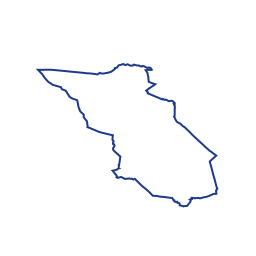 outline of Bērzaines pag., Kocenu, Latvia, rotated 13°
{"feature_id": "27541924B68382909431902", "entity_name": "Bērzaines pag.", "entity_type": "district", "adm_level": 2, "iso_a3": "LVA", "parent_name": "Latvia", "parent_adm1": "Kocenu", "projection": "equal_earth", "projection_center": [25.199, 57.625], "detail": "fine", "context": "isolated", "style": "outline", "palette": "blue", "viewbox_px": 256, "rotation_deg": 13, "n_neighbors": 0, "source": "geoboundaries", "source_scale": "gbopen_adm2", "svg_char_len": 5196}
<svg xmlns="http://www.w3.org/2000/svg" viewBox="0 0 256 256"><g transform="rotate(13 128 128)"><path d="M130.1,64.2L129.8,64.2L128.1,64.3L127.8,64.9L127.0,65.1L126.3,65.0L125.6,64.9L125.3,64.8L124.5,64.6L124.3,64.7L123.2,65.0L121.8,65.0L119.8,64.9L119.6,64.9L119.3,65.0L119.1,65.2L119.0,65.4L118.8,66.0L118.4,66.1L117.9,66.3L117.3,66.5L116.7,66.6L116.4,66.7L113.6,66.1L113.1,66.1L112.9,66.1L111.9,67.0L111.4,67.3L110.9,67.3L109.2,66.7L106.5,68.2L105.3,68.8L104.9,69.1L104.7,69.2L103.8,71.4L103.8,71.5L102.8,72.0L102.7,72.1L101.7,72.6L102.0,73.4L101.9,73.5L101.2,74.4L101.0,74.7L100.2,75.5L99.0,77.0L98.2,77.4L96.3,78.5L94.6,79.3L93.7,79.6L92.3,80.3L91.5,80.5L90.4,80.8L90.2,80.8L89.8,80.8L88.1,80.7L88.1,80.8L86.1,82.7L80.8,83.1L77.9,83.5L75.9,83.9L67.5,84.9L63.0,85.5L61.6,85.7L52.7,86.8L49.9,87.2L46.0,87.7L39.1,88.7L37.2,89.2L34.5,89.8L31.9,90.5L29.2,91.1L27.2,91.5L28.3,92.3L29.8,93.2L31.1,94.1L32.5,95.0L33.4,95.9L34.8,97.1L35.2,97.6L38.5,100.0L39.5,100.7L39.8,100.9L40.0,101.0L41.1,101.4L41.5,101.5L42.2,101.7L42.2,101.8L43.2,102.2L44.1,102.5L45.1,102.9L53.4,103.3L54.0,104.0L54.4,104.6L55.0,105.1L56.4,105.3L57.7,105.5L58.1,105.6L59.0,105.7L60.9,107.6L62.3,109.0L63.4,110.1L63.5,110.3L63.9,110.5L64.0,110.7L66.3,111.6L68.5,112.0L70.3,112.1L70.9,112.2L71.6,112.3L71.9,112.3L72.2,112.4L72.7,113.2L73.1,114.2L73.9,115.9L74.2,116.7L74.5,117.3L74.8,118.1L75.2,118.9L75.6,119.5L76.2,120.3L76.6,120.9L76.5,121.1L76.7,121.4L77.1,121.8L77.8,122.6L81.9,125.0L82.0,125.1L82.2,126.4L82.3,126.9L82.3,127.2L82.6,127.6L83.6,128.4L85.6,130.0L86.2,130.5L86.5,130.7L87.2,132.6L87.6,133.8L88.1,134.8L88.3,135.7L88.3,136.3L90.3,136.5L96.1,137.5L101.1,138.4L108.2,138.5L111.6,138.5L113.7,138.5L114.8,138.4L115.0,139.2L114.9,139.7L115.2,140.6L115.3,141.8L115.3,142.4L115.7,143.2L116.7,143.7L116.9,144.4L116.6,145.6L116.8,146.1L117.9,147.0L117.5,147.3L118.9,148.4L118.7,149.5L118.5,149.9L118.0,150.9L118.3,152.3L118.9,152.9L120.4,153.9L123.2,155.5L123.7,155.7L125.0,156.5L126.3,157.2L127.0,157.5L127.0,158.1L127.2,160.1L127.6,165.3L127.7,166.2L127.5,166.3L127.7,166.5L127.7,167.4L127.8,169.3L128.1,169.4L127.9,169.5L126.3,171.1L126.1,171.3L125.4,171.7L124.8,172.0L122.6,173.1L126.6,176.2L126.8,176.2L126.8,176.3L128.2,177.7L127.9,178.6L129.4,178.9L130.1,178.4L131.9,177.5L132.0,177.4L132.5,177.3L134.4,177.8L135.0,178.0L135.4,178.0L136.3,178.3L136.6,178.3L138.5,177.6L140.0,177.1L141.2,176.9L142.0,176.8L143.5,176.6L143.9,176.7L144.1,176.8L144.5,176.9L144.8,176.9L145.0,176.9L145.2,176.6L145.6,176.3L146.1,176.0L146.3,176.1L147.0,176.6L148.4,177.4L149.7,178.2L151.4,179.3L154.3,181.1L156.7,182.3L159.0,183.4L161.8,184.9L164.0,186.2L165.6,187.2L165.8,187.4L166.8,188.0L167.4,188.3L167.5,188.4L168.4,188.3L170.5,187.9L171.7,187.7L171.8,187.7L172.0,187.7L172.7,187.7L173.4,187.7L175.0,187.6L175.9,187.6L176.0,187.6L176.6,187.4L177.0,187.3L177.1,187.2L182.0,186.8L182.6,186.7L182.8,186.7L186.9,186.3L189.0,188.5L189.5,188.2L189.9,188.9L190.4,189.1L190.6,189.4L192.6,188.8L193.1,189.8L194.6,189.6L195.3,190.1L195.6,191.0L195.7,191.7L199.5,191.7L199.6,191.8L199.7,191.7L203.1,190.6L205.2,186.2L205.4,185.6L205.4,185.0L205.4,184.9L205.4,184.4L204.4,183.8L204.7,183.6L205.1,183.3L205.6,183.1L206.3,182.8L205.8,181.7L208.6,181.4L208.7,181.5L210.1,181.0L212.2,180.3L214.2,180.3L214.4,180.1L215.1,179.7L217.4,178.5L217.5,178.5L219.9,177.4L222.4,175.9L222.8,175.5L223.1,175.3L226.3,172.9L228.9,172.2L228.0,169.6L228.1,169.4L227.9,169.3L228.5,167.0L228.4,167.0L226.2,162.9L223.5,157.7L223.4,157.7L221.4,153.9L220.3,151.8L219.2,149.8L218.1,147.6L216.9,145.5L215.2,142.2L217.0,139.6L220.2,135.0L216.4,133.4L215.4,132.9L212.6,131.8L211.5,131.2L209.6,130.1L207.4,129.0L207.3,128.9L206.1,128.1L205.3,127.7L205.1,127.5L203.4,126.6L201.6,125.6L198.5,123.8L197.6,123.3L196.4,122.6L195.4,122.0L195.0,121.8L194.4,121.5L194.0,121.2L192.4,120.3L191.0,119.4L190.3,118.9L187.6,117.2L186.6,116.6L186.3,116.4L185.8,116.2L185.4,115.9L185.1,115.8L184.5,115.4L183.8,114.9L183.6,114.7L182.9,114.4L182.5,114.3L182.2,114.1L181.6,114.1L181.0,113.9L180.6,113.6L180.1,113.3L179.7,113.1L179.4,112.8L179.1,112.6L178.2,112.1L176.6,111.6L174.9,111.3L173.4,110.2L172.2,108.9L172.0,108.6L170.8,107.1L171.0,107.1L170.7,106.1L170.6,105.4L170.5,104.7L170.0,102.4L169.5,100.1L169.3,99.5L169.2,99.0L169.2,98.8L169.3,98.5L168.8,96.9L168.5,95.6L168.3,95.5L168.4,95.3L168.4,95.1L167.9,94.9L167.6,94.8L167.5,94.6L167.4,94.3L167.1,94.1L167.9,93.2L166.8,92.5L166.1,92.1L165.5,91.8L164.7,91.6L163.7,91.9L162.8,92.2L162.1,92.6L161.9,92.7L160.9,92.5L159.8,92.1L158.9,91.9L157.9,92.1L157.5,92.3L157.3,92.3L155.8,91.9L155.8,92.0L155.3,92.4L155.1,92.5L154.1,92.3L151.9,91.9L150.5,91.6L148.9,91.4L147.7,91.2L146.2,90.9L144.8,90.7L143.8,90.5L142.2,90.2L141.4,90.1L139.9,89.8L139.5,89.8L139.5,89.6L139.2,89.2L139.3,88.7L137.3,87.5L138.7,85.9L139.8,84.5L139.9,84.4L140.0,84.4L142.3,81.9L143.3,80.8L143.6,80.5L144.7,79.2L141.8,78.9L140.8,78.8L137.8,78.3L137.0,75.9L136.2,73.5L135.7,72.6L134.6,70.0L133.4,68.8L132.2,67.7L133.3,67.2L134.2,66.9L136.8,66.3L138.0,66.0L138.1,65.9L137.8,65.7L137.5,65.5L137.2,65.3L137.1,65.0L136.9,64.8L136.5,64.5L134.9,64.3L134.3,64.6L133.7,65.0L132.2,64.9L131.7,64.7L130.3,64.3L130.1,64.2Z" fill="none" stroke="#1e3a8a" stroke-width="2"/></g></svg>